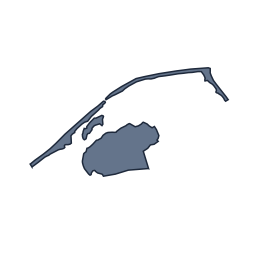 the district of Dare, North Carolina, United States of America, rotated 253°
{"feature_id": "52423323B7185899041346", "entity_name": "Dare", "entity_type": "district", "adm_level": 2, "iso_a3": "USA", "parent_name": "United States of America", "parent_adm1": "North Carolina", "projection": "albers", "projection_center": [-75.69, 35.708], "detail": "fine", "context": "isolated", "style": "filled", "palette": "slate", "viewbox_px": 256, "rotation_deg": 253, "n_neighbors": 0, "source": "geoboundaries", "source_scale": "gbopen_adm2", "svg_char_len": 2565}
<svg xmlns="http://www.w3.org/2000/svg" viewBox="0 0 256 256"><g transform="rotate(253 128 128)"><path d="M106.4,153.0L108.0,152.2L109.3,153.8L111.7,155.3L118.1,154.7L121.7,153.7L121.2,151.1L123.7,148.9L126.2,147.5L129.0,144.4L129.0,143.8L127.9,141.9L127.0,138.6L127.1,135.2L131.7,130.9L131.8,130.0L131.4,128.1L130.8,126.8L129.9,121.1L128.1,116.2L127.5,115.5L127.7,114.1L128.6,111.6L129.6,107.5L129.5,105.3L128.3,102.0L126.1,99.3L125.3,95.6L125.5,94.2L122.8,89.6L121.2,86.3L120.6,84.3L120.6,82.8L117.6,81.0L116.9,79.1L116.3,78.1L109.7,74.7L108.0,74.3L105.0,74.2L101.8,74.5L95.5,76.9L94.0,77.9L94.1,78.8L94.6,79.4L95.6,79.7L97.3,81.8L97.3,83.5L96.8,84.1L96.1,84.2L93.9,85.8L91.6,89.5L91.0,90.0L89.1,90.4L87.6,102.4L87.6,116.0L83.3,135.5L83.1,135.8L101.3,135.8L102.8,140.9L105.3,144.5L104.8,148.2L106.4,153.0ZM125.1,229.2L125.8,232.1L129.1,231.0L138.3,227.4L144.3,225.1L148.5,223.6L153.3,222.9L156.6,222.7L159.1,223.5L160.9,224.0L162.1,222.4L166.0,205.2L168.4,191.0L170.9,173.5L172.3,158.8L172.7,153.2L172.9,150.2L169.5,133.9L166.8,124.0L165.8,121.1L163.1,115.9L162.3,115.0L161.5,115.4L163.3,122.5L163.6,125.3L165.0,133.5L166.4,136.3L167.9,141.0L168.8,145.3L169.7,149.7L169.7,158.9L169.1,161.7L168.2,164.3L167.9,167.7L168.1,169.9L168.2,172.4L167.1,178.5L166.2,184.5L165.2,191.9L164.2,196.7L163.3,202.0L162.4,205.6L161.5,211.5L160.5,214.6L156.4,216.0L153.0,216.4L152.5,215.9L150.6,215.3L150.4,215.8L150.4,217.0L150.2,217.9L147.6,219.4L145.2,221.5L143.4,222.4L139.6,223.7L137.8,223.5L136.8,222.6L136.4,222.6L135.9,222.9L134.7,224.6L134.0,224.9L132.4,226.4L130.9,227.3L128.3,228.3L126.5,228.5L125.1,229.2ZM118.7,24.8L118.9,24.9L120.0,28.1L121.5,32.3L124.4,39.7L124.9,42.1L125.1,44.2L125.8,45.9L127.5,55.0L127.5,56.7L127.2,58.9L127.3,60.7L127.9,61.9L129.5,61.9L130.2,62.6L130.3,63.6L129.6,65.8L129.5,67.9L130.1,69.4L137.3,71.2L138.4,72.9L138.9,74.3L139.2,75.7L140.3,76.0L142.4,79.1L144.1,82.7L145.2,85.0L146.2,88.1L146.3,91.4L149.8,96.4L151.8,100.8L153.9,105.2L154.9,106.8L155.9,109.9L157.7,110.8L158.3,112.7L159.1,113.8L160.3,113.7L160.8,112.3L159.9,110.3L157.7,105.4L154.8,97.2L140.5,65.9L134.4,54.6L130.9,47.4L127.7,39.3L124.3,29.3L122.2,24.4L122.1,23.9L118.7,24.8ZM129.5,82.8L129.5,83.2L130.0,84.8L133.5,86.8L134.4,88.0L134.2,89.6L136.9,93.1L138.2,93.4L139.8,95.9L140.2,97.3L140.3,102.1L137.9,103.8L139.0,105.1L143.7,106.1L146.1,107.9L146.7,107.9L147.7,106.7L146.8,100.3L147.3,98.6L144.1,92.7L141.4,89.0L140.0,88.6L139.8,86.7L140.4,86.0L137.8,84.1L136.1,83.3L135.3,82.5L133.0,82.0L130.9,82.0L129.5,82.8Z" fill="#64748b" stroke="#1e293b" stroke-width="1.5"/></g></svg>